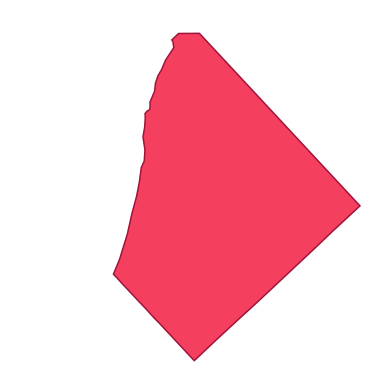 outline of Chautauqua, New York, United States of America, rotated 317°
{"feature_id": "52423323B8840369760606", "entity_name": "Chautauqua", "entity_type": "district", "adm_level": 2, "iso_a3": "USA", "parent_name": "United States of America", "parent_adm1": "New York", "projection": "mercator", "projection_center": [-79.482, 42.284], "detail": "fine", "context": "isolated", "style": "filled", "palette": "rose", "viewbox_px": 384, "rotation_deg": 317, "n_neighbors": 0, "source": "geoboundaries", "source_scale": "gbopen_adm2", "svg_char_len": 756}
<svg xmlns="http://www.w3.org/2000/svg" viewBox="0 0 384 384"><g transform="rotate(317 192 192)"><path d="M78.5,198.5L78.5,206.6L78.4,210.2L78.5,236.2L78.5,238.0L78.5,240.7L78.6,245.4L78.5,250.6L78.4,259.1L78.6,264.5L78.6,308.1L78.6,316.3L78.7,316.9L108.2,316.7L122.8,316.8L127.4,316.8L146.7,316.9L150.9,317.0L159.8,317.1L172.2,317.1L244.4,316.9L267.4,316.6L305.4,316.7L305.6,81.0L290.3,66.9L281.0,67.0L280.4,69.3L277.1,74.0L262.7,77.5L253.0,81.8L246.6,83.7L239.6,87.4L233.5,92.7L222.4,97.7L220.6,99.9L217.9,102.4L216.7,102.8L214.4,102.2L211.3,102.5L208.0,106.3L201.6,112.3L193.9,118.1L186.3,129.1L178.4,136.6L171.5,139.6L159.8,149.2L148.3,157.5L132.9,167.1L116.3,178.5L92.8,192.0L78.5,198.5Z" fill="#f43f5e" stroke="#9f1239" stroke-width="1.5"/></g></svg>